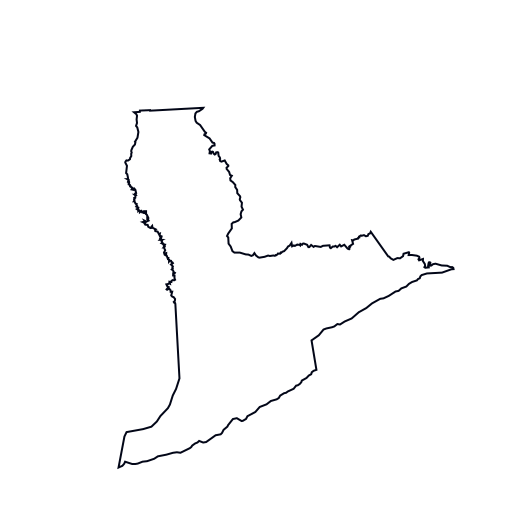 Juan B. Alberdi, Tucumán, Argentina (Robinson projection), rotated 255°
{"feature_id": "61730980B38664240857483", "entity_name": "Juan B. Alberdi", "entity_type": "district", "adm_level": 2, "iso_a3": "ARG", "parent_name": "Argentina", "parent_adm1": "Tucumán", "projection": "robinson", "projection_center": [-65.664, -27.636], "detail": "fine", "context": "isolated", "style": "outline", "palette": "ink", "viewbox_px": 512, "rotation_deg": 255, "n_neighbors": 0, "source": "geoboundaries", "source_scale": "gbopen_adm2", "svg_char_len": 6126}
<svg xmlns="http://www.w3.org/2000/svg" viewBox="0 0 512 512"><g transform="rotate(255 256 256)"><path d="M426.4,175.4L424.0,177.1L422.3,177.4L418.8,176.0L415.3,175.5L412.7,173.8L410.9,174.6L406.2,174.5L400.9,172.1L397.7,168.7L397.2,169.0L395.0,167.9L393.4,165.3L390.6,163.1L389.6,162.6L388.1,162.7L387.0,161.9L384.8,161.4L383.3,159.8L382.1,159.3L381.3,157.0L381.9,155.6L380.9,154.3L380.1,153.9L376.5,154.7L369.7,152.0L368.3,152.8L364.8,152.6L363.4,152.4L363.6,151.5L362.4,152.7L361.3,151.9L361.2,152.6L360.2,152.6L359.7,151.8L359.1,152.2L358.1,151.6L357.3,152.6L355.9,152.4L355.6,153.1L355.0,153.1L353.9,154.3L352.9,154.3L353.2,153.8L352.5,153.1L351.5,155.0L352.5,155.9L351.2,156.6L347.8,156.5L347.6,155.5L346.1,155.8L346.5,154.6L345.6,155.2L343.6,154.5L343.5,152.4L343.4,153.4L342.8,153.6L342.2,152.9L341.4,153.1L340.5,152.2L340.4,152.8L338.0,153.1L337.1,154.2L336.5,153.7L335.3,154.1L334.7,153.2L333.4,154.7L333.0,154.1L332.4,154.3L332.1,153.1L330.9,154.1L329.9,153.9L330.4,154.9L329.6,155.7L328.4,155.3L329.1,157.0L327.7,157.2L327.5,157.8L328.1,157.9L328.0,158.8L326.7,158.6L326.2,159.7L327.1,160.6L328.0,160.3L327.7,161.4L324.9,160.6L324.2,161.2L321.6,161.7L321.7,161.0L320.9,160.8L320.4,161.3L319.9,160.7L319.5,161.4L318.9,161.0L318.0,161.4L317.6,159.0L318.9,157.5L317.1,158.1L316.4,157.2L318.1,156.0L318.1,155.4L317.3,156.4L314.9,157.2L314.1,159.4L312.1,159.5L310.3,161.3L310.2,162.2L311.3,162.6L311.9,163.5L310.1,163.3L307.7,166.0L307.4,165.3L306.1,165.2L305.0,167.3L302.2,167.9L302.4,168.9L300.9,168.2L300.0,168.3L299.3,169.0L299.7,169.5L299.4,169.9L298.0,169.1L298.4,168.6L297.9,167.9L297.0,168.1L296.5,167.3L295.9,169.3L295.7,168.4L295.6,169.1L295.0,169.2L294.4,168.6L293.0,169.1L292.7,168.2L291.5,169.7L290.8,168.7L291.0,169.9L290.5,171.0L289.1,169.7L289.3,170.4L288.8,170.4L287.8,169.2L285.1,169.8L283.1,168.0L280.9,168.1L280.2,168.8L281.9,168.8L282.0,170.0L279.9,169.3L279.3,169.9L277.1,170.0L276.8,170.8L275.6,170.2L274.9,171.1L273.2,170.6L273.8,171.5L273.3,172.7L272.0,172.8L271.5,173.6L270.6,173.9L269.8,171.7L267.5,173.0L266.8,172.3L265.8,172.5L264.8,171.1L263.6,172.2L261.9,172.2L260.7,173.3L260.3,172.8L260.6,171.5L258.6,170.9L258.1,172.2L255.6,171.5L254.0,171.7L253.7,170.8L254.3,169.1L253.7,167.8L252.8,167.5L253.5,165.8L251.5,165.7L252.2,164.9L251.7,163.9L251.8,162.1L249.7,162.5L248.7,163.5L246.9,161.0L246.4,161.4L247.0,163.7L245.0,164.6L243.5,164.3L243.2,165.8L239.8,163.9L238.3,164.7L237.6,165.8L235.4,166.7L233.6,166.0L232.9,164.7L231.9,165.0L231.5,165.7L230.6,165.7L157.6,150.4L148.3,144.4L142.8,139.5L134.8,134.4L131.8,131.5L126.2,122.3L121.8,117.4L118.2,110.8L118.0,102.2L119.4,85.4L115.7,82.2L87.3,68.5L87.9,72.6L89.5,75.0L91.2,76.3L87.1,82.6L86.3,85.8L86.1,88.0L86.7,93.2L86.0,97.7L86.5,105.2L87.9,109.4L87.3,118.0L87.4,124.9L86.9,128.8L85.5,132.1L87.5,142.3L88.2,144.0L89.4,145.3L90.7,148.7L91.0,151.2L92.1,153.2L89.5,156.7L89.2,159.7L93.3,170.6L92.9,175.7L93.9,177.4L96.5,179.7L98.6,184.2L99.9,185.3L104.5,191.5L104.3,195.5L100.3,199.4L100.2,200.6L101.2,204.2L103.5,206.3L105.5,215.0L109.2,220.5L110.0,227.8L112.1,232.8L112.2,238.9L112.9,241.2L114.9,243.2L116.2,247.6L116.1,249.7L116.9,251.6L118.0,258.0L120.4,261.2L120.3,262.9L121.1,265.2L122.4,267.1L123.8,268.0L125.1,273.2L126.9,276.1L127.5,278.7L129.3,279.8L130.2,282.0L130.4,284.9L160.1,287.8L163.2,296.2L167.5,302.2L167.8,305.2L167.5,311.1L167.7,313.4L169.2,317.0L168.1,319.4L169.8,324.8L170.9,332.2L175.1,340.8L177.2,349.1L180.2,355.8L182.5,364.9L182.1,368.2L183.1,373.9L185.6,381.6L185.4,384.7L187.1,388.0L187.6,393.3L189.5,396.5L190.5,400.0L190.8,405.1L191.8,406.5L192.1,408.4L193.8,409.5L194.7,411.1L194.9,416.6L191.8,431.4L192.6,441.3L192.2,443.4L193.4,443.5L194.4,442.8L195.1,440.6L197.1,438.2L198.8,432.9L202.1,427.4L202.3,424.9L201.4,422.9L201.6,421.7L204.5,422.7L205.0,422.2L205.1,421.4L204.5,420.9L201.7,419.6L200.3,419.8L200.8,416.5L201.7,415.8L202.5,416.8L204.6,417.0L208.0,415.9L209.9,416.5L209.6,412.4L210.8,412.1L211.8,413.4L213.1,413.4L214.7,411.4L216.6,406.9L217.4,403.7L219.5,404.8L220.1,404.6L220.0,399.1L217.8,398.0L216.5,394.5L217.4,392.0L216.7,387.7L218.9,385.5L220.9,384.5L221.4,383.6L249.7,373.1L248.3,372.0L248.1,370.3L246.6,369.2L246.6,367.3L248.2,365.7L248.2,363.2L248.7,362.7L248.1,360.6L247.2,360.6L247.1,359.4L246.4,359.1L246.5,355.2L245.9,354.0L246.4,352.9L242.6,352.9L241.7,350.2L240.8,349.6L241.3,349.1L241.0,348.4L238.6,348.1L238.4,347.7L239.4,346.4L244.0,344.2L243.2,340.7L245.2,339.8L243.5,336.6L245.2,335.5L244.9,333.9L245.3,332.7L244.2,330.3L245.0,329.6L247.3,329.8L248.5,323.3L248.0,320.9L250.2,316.0L250.4,315.2L249.9,314.0L252.4,312.1L250.8,309.8L251.0,308.9L253.6,308.3L255.7,305.4L255.8,304.5L254.9,303.3L256.1,302.1L254.8,301.4L255.8,300.7L255.9,299.3L256.4,298.8L255.7,296.3L256.0,295.3L256.4,295.2L256.0,293.4L259.5,293.7L257.3,291.2L256.9,289.4L255.5,287.9L253.4,284.4L253.3,282.6L252.5,281.1L252.9,280.7L252.0,279.9L252.7,277.8L252.1,277.3L251.5,275.7L251.8,275.3L251.3,274.3L252.0,272.9L252.4,269.4L253.3,267.8L253.0,264.1L253.5,258.9L254.1,257.9L256.5,256.1L259.2,255.2L257.5,253.2L257.3,251.5L259.3,249.1L260.2,246.5L263.5,241.2L264.9,236.0L266.8,234.5L271.7,234.0L275.0,232.7L281.1,234.0L282.8,233.2L284.9,235.0L288.9,239.8L293.3,240.8L294.4,242.8L294.2,244.1L294.8,248.1L297.0,251.8L300.4,252.0L302.9,253.5L304.1,255.4L307.4,254.8L311.1,256.2L314.0,255.0L315.0,255.0L316.9,256.1L318.0,256.0L321.5,254.2L324.8,254.9L327.9,253.8L330.0,254.4L333.4,252.7L335.6,250.9L337.8,251.2L339.8,253.4L341.0,251.9L344.2,251.8L347.6,250.2L348.9,250.4L350.0,252.5L350.7,252.7L352.5,251.5L356.4,250.5L356.1,247.1L356.9,246.0L358.7,245.9L359.0,246.5L360.5,246.6L362.5,245.8L365.7,246.3L366.2,245.9L366.4,244.4L364.9,243.3L364.7,242.4L365.9,241.6L367.7,241.4L368.2,240.7L368.0,239.9L366.6,239.1L367.2,237.7L369.3,238.6L371.1,238.4L373.7,242.3L373.5,244.6L375.2,245.0L376.1,244.7L376.8,243.3L381.6,241.6L386.1,237.3L386.9,237.7L387.2,239.2L387.9,239.7L389.2,238.7L397.0,235.9L400.1,233.2L402.1,232.6L406.1,232.9L409.4,234.4L410.6,236.2L410.6,238.3L412.0,242.4L412.8,243.4L423.0,195.0L423.8,191.3L424.3,191.4L426.5,181.5L425.3,181.1L426.4,175.4Z" fill="none" stroke="#020617" stroke-width="2"/></g></svg>